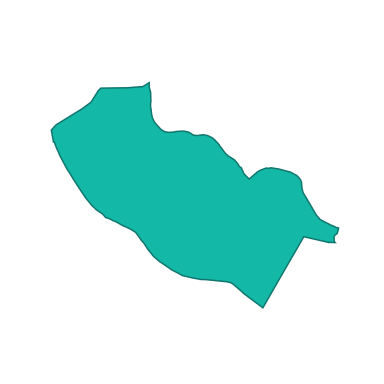 Lower Fuladu West, Central River, Gambia (Robinson projection), rotated 13°
{"feature_id": "56634734B90495316975710", "entity_name": "Lower Fuladu West", "entity_type": "district", "adm_level": 2, "iso_a3": "GMB", "parent_name": "Gambia", "parent_adm1": "Central River", "projection": "robinson", "projection_center": [-14.908, 13.525], "detail": "fine", "context": "isolated", "style": "filled", "palette": "teal", "viewbox_px": 384, "rotation_deg": 13, "n_neighbors": 0, "source": "geoboundaries", "source_scale": "gbopen_adm2", "svg_char_len": 2614}
<svg xmlns="http://www.w3.org/2000/svg" viewBox="0 0 384 384"><g transform="rotate(13 192 192)"><path d="M296.5,157.9L295.2,156.0L293.8,154.7L290.5,152.4L283.2,150.4L277.3,150.3L270.8,150.1L263.9,150.6L260.4,151.9L259.0,151.9L254.1,155.1L251.2,157.7L245.2,165.9L244.8,166.5L238.6,162.6L234.5,157.2L233.5,156.9L232.3,156.5L230.9,154.7L226.1,151.1L220.1,149.0L219.0,148.8L218.6,148.3L216.9,147.5L216.4,147.2L213.2,144.7L211.4,143.0L211.3,142.9L208.8,141.1L207.9,140.0L206.3,138.7L205.6,138.2L202.5,136.2L199.9,134.8L196.2,133.8L194.6,133.6L194.0,133.5L191.0,133.6L188.2,134.3L185.6,135.4L185.1,135.6L184.4,135.8L180.5,136.3L180.2,136.2L178.3,135.4L175.3,134.4L170.4,134.5L170.0,134.6L167.7,135.2L165.5,135.8L162.6,136.8L160.3,137.8L156.0,139.1L154.3,139.3L153.2,139.3L151.5,139.3L150.6,139.0L147.8,138.1L141.0,133.4L138.9,131.4L136.4,128.1L135.5,126.0L134.7,124.1L133.7,121.1L132.5,118.3L131.8,115.4L131.5,112.5L130.3,108.2L129.6,105.4L129.0,103.6L127.5,100.9L126.6,99.1L125.7,95.1L120.1,100.6L118.2,101.0L110.3,103.5L105.7,105.0L96.4,107.2L81.9,110.8L79.8,111.3L77.9,114.2L76.7,117.8L73.4,127.2L72.4,128.4L68.4,133.0L65.9,136.0L64.2,137.6L55.7,146.0L54.9,146.8L46.5,155.1L45.8,155.8L44.5,157.1L43.0,159.7L42.9,159.9L41.7,162.1L41.3,162.9L41.0,163.3L45.8,174.5L46.5,174.3L46.6,174.2L48.4,177.1L49.9,179.3L51.5,181.4L52.2,182.2L53.2,183.6L54.7,185.8L61.4,193.6L64.9,197.6L68.6,201.1L73.8,206.5L77.3,209.8L77.9,210.5L89.2,221.2L92.7,224.0L97.1,227.4L102.9,230.9L109.8,233.5L113.6,236.3L115.7,236.4L117.6,236.7L119.7,237.1L121.2,237.7L122.7,237.7L125.6,238.4L131.9,240.3L136.6,241.1L141.1,242.2L146.1,244.0L148.7,246.2L150.3,247.5L153.7,250.7L156.3,252.4L158.3,254.3L161.8,257.7L168.9,263.3L172.9,265.4L175.9,267.0L184.2,270.2L185.6,270.7L189.9,272.5L192.7,273.2L194.0,273.5L201.6,275.6L203.6,275.6L213.1,275.6L220.0,275.2L220.0,275.3L220.5,275.2L225.6,274.2L242.3,272.1L246.2,271.6L247.5,271.6L248.5,271.6L250.4,271.7L252.9,272.6L260.6,276.6L265.9,279.6L287.1,288.9L293.1,269.1L296.7,257.2L303.6,234.6L308.0,220.3L311.0,210.4L336.7,210.4L336.6,210.2L339.8,209.7L342.8,209.1L342.5,208.9L342.2,208.6L342.0,208.3L341.4,207.1L341.1,206.1L341.1,205.9L340.8,205.1L340.6,204.6L340.7,202.7L340.9,202.3L341.1,201.8L341.2,201.6L341.3,201.5L341.3,201.4L341.5,201.2L341.9,200.8L342.4,200.4L342.5,200.2L342.9,199.3L342.9,198.9L342.8,198.6L342.9,197.8L343.0,195.9L343.0,195.1L342.9,194.1L340.2,194.1L337.0,193.3L335.8,193.1L335.0,193.1L323.1,190.0L319.4,187.3L318.3,186.5L309.1,176.7L306.2,173.7L305.1,172.5L305.0,172.4L300.5,167.8L299.0,165.0L298.4,163.8L296.5,157.9Z" fill="#14b8a6" stroke="#0f766e" stroke-width="1.5"/></g></svg>